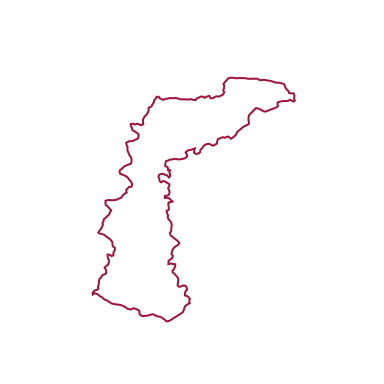 Bom Jesus do Itabapoana, Rio de Janeiro, Brazil, rotated 60°
{"feature_id": "56859067B13557448343202", "entity_name": "Bom Jesus do Itabapoana", "entity_type": "district", "adm_level": 2, "iso_a3": "BRA", "parent_name": "Brazil", "parent_adm1": "Rio de Janeiro", "projection": "robinson", "projection_center": [-41.691, -21.09], "detail": "fine", "context": "isolated", "style": "outline", "palette": "rose", "viewbox_px": 384, "rotation_deg": 60, "n_neighbors": 0, "source": "geoboundaries", "source_scale": "gbopen_adm2", "svg_char_len": 5288}
<svg xmlns="http://www.w3.org/2000/svg" viewBox="0 0 384 384"><g transform="rotate(60 192 192)"><path d="M200.2,224.4L198.0,224.3L195.7,223.5L195.8,221.0L194.1,219.9L191.5,219.1L189.3,217.5L190.1,215.6L190.5,213.8L188.1,214.4L186.3,214.8L184.9,216.0L183.5,218.5L181.9,217.5L182.8,215.0L182.7,213.2L181.0,211.5L179.3,211.0L176.9,210.9L175.3,208.5L173.9,207.7L171.4,209.1L169.3,210.2L168.0,211.5L168.2,213.9L166.5,214.6L164.2,213.7L162.1,213.5L160.6,211.8L161.2,208.7L162.6,207.4L164.1,206.3L165.4,205.2L167.9,204.7L167.0,202.6L165.1,202.0L163.6,201.8L162.2,200.2L161.0,201.9L159.6,201.0L158.0,200.8L156.2,202.3L154.1,200.9L152.2,199.0L152.9,196.7L152.9,194.8L153.9,193.2L154.2,191.2L155.4,189.3L156.9,187.7L158.1,185.1L158.9,182.8L159.3,180.8L158.8,178.4L156.9,177.8L154.4,177.7L153.9,175.0L154.7,172.6L155.2,170.4L155.7,167.7L157.1,169.2L158.8,170.6L160.9,169.7L161.7,168.0L161.7,165.3L159.7,163.6L159.2,161.2L158.2,159.4L157.7,157.7L157.9,155.0L159.1,152.7L160.8,151.9L162.6,150.3L162.5,148.4L162.5,146.2L161.0,145.0L159.2,143.3L159.5,140.7L159.9,137.8L161.5,136.5L161.6,134.3L162.3,132.6L163.9,132.2L165.4,131.6L165.2,129.2L164.5,125.7L163.0,123.5L162.3,121.7L162.1,119.5L161.6,117.3L161.3,115.5L161.3,113.7L161.5,111.2L161.6,108.9L160.2,107.9L158.3,107.3L155.9,105.9L154.4,104.6L153.6,103.1L153.0,100.4L152.0,97.5L151.3,94.5L153.7,92.2L155.8,90.9L157.8,89.8L159.2,88.0L159.7,84.2L160.0,82.0L160.4,80.1L160.7,78.3L161.0,76.2L160.4,74.5L158.8,74.0L157.3,73.1L157.5,71.1L158.2,69.3L158.8,67.4L159.9,65.8L161.1,63.2L161.0,61.4L162.4,60.1L164.4,59.0L164.2,57.2L161.9,56.9L160.2,55.3L158.7,54.8L157.1,54.8L156.2,56.9L154.9,58.4L153.1,57.9L150.9,58.6L148.7,59.0L146.1,58.4L144.5,58.5L143.2,59.6L141.5,61.3L140.1,63.2L139.0,65.0L137.2,66.5L135.6,67.8L134.5,69.1L133.5,70.4L132.3,71.8L130.8,73.5L130.0,75.5L129.2,77.2L127.8,78.1L126.3,79.0L125.1,81.4L123.9,83.4L122.8,85.6L121.2,87.8L119.9,89.1L118.8,91.0L117.1,93.9L116.0,96.2L114.8,97.9L113.3,99.8L112.1,101.8L111.7,104.1L112.4,105.7L113.1,108.1L114.2,110.8L116.2,111.0L118.2,112.5L119.8,114.2L121.8,114.3L123.2,116.4L123.0,118.5L122.8,121.1L121.3,123.1L121.0,124.9L121.3,127.0L120.0,129.1L117.3,129.0L116.7,132.2L116.7,134.1L114.8,134.9L113.7,136.7L113.7,138.9L113.4,140.9L114.2,143.0L112.9,144.8L111.0,146.4L110.4,148.6L108.9,150.7L107.4,153.2L106.0,155.5L104.1,157.5L102.6,158.7L101.8,160.3L101.0,162.2L99.7,163.9L99.0,166.3L98.1,168.4L97.8,171.0L96.2,172.0L94.8,173.1L92.9,173.2L91.8,175.1L93.1,176.9L93.8,179.2L95.2,180.1L96.3,182.3L97.7,184.6L97.3,187.4L98.7,188.2L100.0,189.0L101.3,190.8L102.4,193.0L102.9,195.1L103.7,196.7L105.1,198.5L107.3,199.6L108.9,200.3L108.8,202.7L106.4,204.4L105.3,205.9L104.9,207.9L103.2,209.1L102.5,211.1L104.4,211.9L106.7,212.0L108.5,212.7L110.2,211.8L111.8,210.8L113.4,210.1L115.4,209.4L117.2,210.6L118.7,212.3L118.3,215.2L118.3,217.6L117.3,219.5L116.5,222.0L116.4,224.4L118.7,225.2L120.9,225.3L122.4,226.4L124.3,227.3L126.7,227.4L129.0,227.8L131.5,227.5L133.6,228.1L135.3,229.1L136.9,230.7L136.5,233.3L136.0,236.4L136.1,239.0L136.8,240.6L137.1,243.7L138.8,244.9L140.7,245.0L142.5,243.3L144.7,241.7L146.8,240.5L148.5,240.4L150.7,240.1L152.2,239.7L153.8,239.7L155.8,240.2L157.1,241.9L156.2,243.9L156.8,246.4L157.4,248.1L159.8,248.8L159.8,251.2L160.4,253.8L161.5,256.1L161.1,259.3L160.8,261.9L159.7,264.3L158.9,265.9L157.6,267.4L156.8,269.3L156.4,271.3L158.0,272.3L159.9,273.2L162.2,272.3L164.1,271.9L165.9,271.6L167.4,271.1L168.7,273.3L170.2,275.3L170.6,277.7L171.3,279.9L171.4,282.0L173.0,283.1L174.1,285.0L175.6,285.4L177.1,287.2L178.4,289.4L179.4,291.8L180.3,293.5L181.8,292.8L183.4,290.9L185.5,289.3L187.2,288.7L189.2,287.9L191.2,286.8L193.3,286.3L195.5,286.0L197.4,287.0L199.5,287.7L201.8,286.7L203.6,287.7L204.7,289.8L206.1,291.0L207.6,291.8L207.2,293.8L205.1,294.7L204.0,296.4L206.0,297.4L207.4,298.0L209.0,297.9L211.1,299.0L212.8,300.7L213.2,303.1L213.6,305.4L216.2,305.5L218.7,306.3L219.9,308.1L219.2,309.8L219.3,311.7L220.6,313.4L220.8,315.4L223.0,317.4L225.7,319.2L226.8,320.7L229.1,321.7L229.1,323.6L228.6,325.6L229.7,328.6L231.1,329.2L230.9,327.2L232.1,325.8L234.0,324.6L236.5,323.7L238.2,322.6L239.7,322.2L241.4,321.5L242.7,320.3L244.2,319.4L246.1,318.6L248.6,317.1L250.5,315.0L252.2,312.8L253.4,311.2L254.7,309.8L256.9,308.2L258.7,307.2L261.1,306.1L263.2,303.6L263.3,300.9L264.8,299.4L266.2,298.3L268.3,297.1L270.0,297.7L271.7,298.5L273.3,297.9L275.1,296.7L275.6,295.0L276.6,292.9L277.3,290.6L277.8,288.5L278.6,286.6L280.7,285.4L282.3,284.2L283.5,282.7L285.6,280.9L287.0,280.4L288.6,279.6L291.3,278.8L292.2,276.3L292.2,274.2L291.6,260.4L290.3,258.3L287.6,255.5L287.0,253.1L287.2,249.6L285.4,249.2L283.5,247.4L281.6,247.4L279.3,248.5L278.1,249.8L276.7,249.2L275.1,247.8L274.2,245.3L272.6,244.5L270.3,244.4L268.8,245.7L268.4,248.2L267.6,250.7L265.5,251.1L263.7,249.6L261.3,247.8L259.5,247.1L257.2,247.5L255.6,247.8L253.8,248.2L252.1,249.0L250.5,248.3L249.6,245.9L248.1,244.0L246.2,242.6L244.8,244.5L243.5,245.8L242.6,248.5L240.0,246.8L239.5,244.2L239.3,242.0L237.7,240.5L235.5,240.8L233.5,239.1L232.1,237.2L231.2,235.3L230.9,233.4L230.9,230.7L229.9,228.5L227.3,228.9L225.2,229.7L222.9,230.7L220.7,231.5L218.9,232.2L216.5,231.8L215.3,229.5L214.0,228.6L212.4,227.6L210.8,226.3L208.6,225.4L206.6,225.3L204.4,225.8L201.9,225.8L200.2,224.4Z" fill="none" stroke="#9f1239" stroke-width="2"/></g></svg>